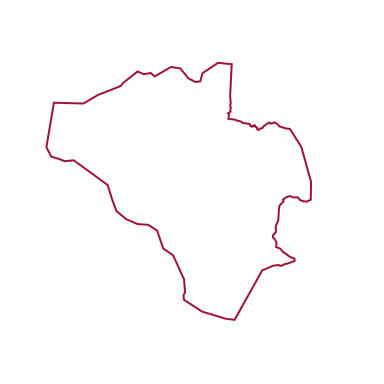 Nasarawa Egon, Nassarawa, Nigeria (Equal Earth projection), rotated 68°
{"feature_id": "59680162B44675208679717", "entity_name": "Nasarawa Egon", "entity_type": "district", "adm_level": 2, "iso_a3": "NGA", "parent_name": "Nigeria", "parent_adm1": "Nassarawa", "projection": "equal_earth", "projection_center": [8.399, 8.72], "detail": "fine", "context": "isolated", "style": "outline", "palette": "rose", "viewbox_px": 384, "rotation_deg": 68, "n_neighbors": 0, "source": "geoboundaries", "source_scale": "gbopen_adm2", "svg_char_len": 2022}
<svg xmlns="http://www.w3.org/2000/svg" viewBox="0 0 384 384"><g transform="rotate(68 192 192)"><path d="M57.5,286.6L95.9,310.2L106.5,309.3L111.8,302.6L115.7,298.6L118.3,289.8L153.9,267.6L164.3,268.4L169.8,268.9L181.3,269.2L188.2,265.5L189.3,264.9L192.6,263.2L201.4,254.4L206.0,244.9L211.1,241.3L214.7,238.8L221.6,239.2L233.8,239.8L243.4,233.3L253.1,232.8L270.0,232.1L275.8,233.9L282.3,235.9L284.8,238.7L289.1,239.7L306.6,227.5L311.6,221.3L321.8,208.7L326.5,200.4L291.0,156.3L290.9,151.2L290.7,144.7L292.1,139.1L293.5,137.9L294.0,136.1L293.6,133.0L294.1,130.6L294.4,122.8L292.1,121.9L288.8,125.5L283.5,128.8L281.4,130.2L277.8,131.2L274.5,134.6L270.8,132.7L266.7,132.9L264.7,133.9L262.6,133.3L260.5,129.2L255.2,127.2L250.4,122.5L243.1,119.1L237.7,116.2L236.5,114.1L235.1,110.7L233.1,110.5L232.1,106.3L232.5,102.7L235.4,99.5L236.0,97.3L237.1,95.5L239.7,95.0L242.0,92.7L243.8,89.5L243.7,84.8L227.1,77.8L212.9,76.2L191.7,73.8L191.2,73.8L189.1,74.1L186.3,74.6L182.8,75.3L173.3,77.0L170.2,77.6L168.0,81.5L163.9,86.3L160.2,87.8L159.3,88.9L158.4,89.3L158.4,90.3L158.4,92.0L158.1,93.2L157.5,94.1L156.7,94.1L156.6,95.1L156.7,96.5L157.2,98.0L157.6,99.8L157.9,101.1L158.9,102.2L159.0,102.8L158.9,103.7L158.8,104.9L159.4,106.9L158.3,108.0L157.8,108.0L157.1,107.4L156.5,107.5L155.6,108.6L153.6,108.8L153.6,109.2L154.1,109.7L154.1,110.2L154.1,110.9L153.6,111.0L153.2,111.1L153.6,112.3L152.7,113.1L151.1,112.9L150.1,113.6L149.1,115.4L147.9,117.5L147.4,118.7L146.3,119.6L145.3,119.8L144.5,120.9L143.7,121.8L143.1,122.8L142.5,123.8L141.1,124.9L140.2,126.5L139.2,128.2L138.5,129.8L137.9,130.8L137.2,130.7L134.1,128.5L133.4,128.6L132.5,129.1L132.2,127.8L131.8,126.1L131.3,126.1L130.1,125.7L129.3,125.0L127.9,124.3L126.3,124.4L124.5,122.9L123.2,122.6L120.4,121.6L117.5,120.8L88.4,107.3L82.0,119.5L85.8,137.8L92.5,142.8L91.2,147.7L85.1,152.8L72.9,156.6L68.2,164.9L70.9,183.2L66.2,185.7L64.8,192.4L59.9,197.4L63.4,209.3L65.2,215.5L67.0,218.2L66.8,242.8L68.4,253.5L69.3,259.5L57.5,286.6Z" fill="none" stroke="#9f1239" stroke-width="2"/></g></svg>